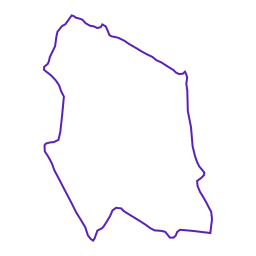 Överkalix, Norrbotten, Sweden (Mercator projection)
{"feature_id": "70781695B62511504929607", "entity_name": "Överkalix", "entity_type": "district", "adm_level": 2, "iso_a3": "SWE", "parent_name": "Sweden", "parent_adm1": "Norrbotten", "projection": "mercator", "projection_center": [22.529, 66.493], "detail": "fine", "context": "isolated", "style": "outline", "palette": "violet", "viewbox_px": 256, "rotation_deg": 0, "n_neighbors": 0, "source": "geoboundaries", "source_scale": "gbopen_adm2", "svg_char_len": 1441}
<svg xmlns="http://www.w3.org/2000/svg" viewBox="0 0 256 256"><path d="M71.7,15.4L65.4,24.2L61.9,26.2L57.5,31.7L56.3,37.1L55.1,46.2L49.8,57.1L49.0,60.9L47.8,63.8L44.2,66.8L44.0,69.8L46.2,71.6L51.0,75.3L55.7,80.3L59.1,85.3L61.1,91.2L63.9,96.6L62.1,115.6L60.3,131.9L58.5,139.8L54.1,142.0L49.2,142.6L45.8,143.6L44.6,145.2L44.6,147.1L44.8,151.5L47.8,155.9L50.2,160.2L52.0,163.8L54.3,170.1L60.8,182.5L66.5,193.5L72.4,204.7L76.0,212.1L80.8,219.8L85.3,227.3L87.9,235.4L90.8,239.0L93.1,240.6L94.6,238.4L97.4,230.6L101.9,228.3L103.9,226.1L107.7,220.1L110.1,216.0L112.5,210.4L116.0,207.8L121.2,208.4L123.6,211.0L128.1,213.8L132.3,216.4L139.0,220.5L145.6,224.7L150.5,228.3L154.7,230.4L160.8,230.8L165.2,231.8L167.0,234.0L169.8,237.6L173.7,237.6L175.9,235.2L177.1,232.0L179.9,229.8L191.8,230.8L210.3,233.0L212.0,219.4L211.2,211.9L208.7,207.2L206.8,203.4L203.2,197.0L200.1,192.0L197.6,186.2L197.1,180.9L200.9,178.2L204.0,175.1L204.3,172.6L203.2,171.2L199.3,166.5L197.1,162.1L195.1,156.5L192.6,146.3L191.0,127.3L187.8,110.9L187.3,90.7L186.3,83.5L187.2,77.8L186.4,74.7L185.0,71.7L182.9,73.7L179.1,74.0L176.0,72.6L173.3,69.9L169.1,67.4L165.2,64.9L161.3,62.4L156.4,60.2L152.2,56.8L146.4,54.1L141.4,51.3L134.5,47.1L128.7,43.8L124.5,40.8L118.1,37.7L111.5,36.3L109.3,35.0L107.9,31.1L105.7,26.4L102.3,24.4L100.7,27.2L97.1,28.0L94.0,26.4L90.2,25.8L85.7,23.3L82.4,19.7L79.6,18.6L76.0,17.8L73.8,16.1L71.7,15.4Z" fill="none" stroke="#5b21b6" stroke-width="2"/></svg>